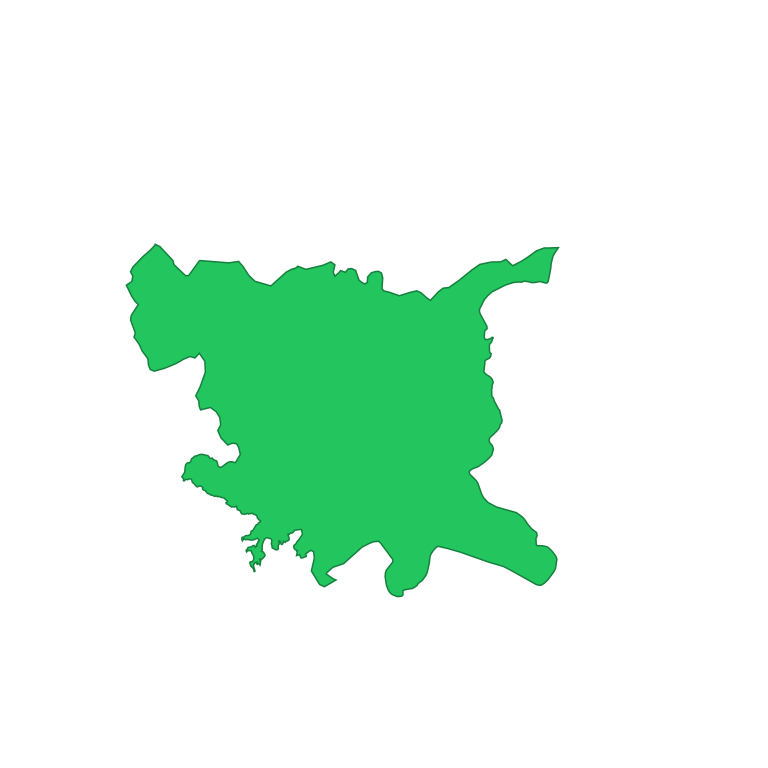 outline of Al-Qusayr, Homs (Hims), Syria, rotated 229°
{"feature_id": "27442178B51656539269606", "entity_name": "Al-Qusayr", "entity_type": "district", "adm_level": 2, "iso_a3": "SYR", "parent_name": "Syria", "parent_adm1": "Homs (Hims)", "projection": "orthographic", "projection_center": [36.533, 34.512], "detail": "fine", "context": "isolated", "style": "filled", "palette": "green", "viewbox_px": 768, "rotation_deg": 229, "n_neighbors": 0, "source": "geoboundaries", "source_scale": "gbopen_adm2", "svg_char_len": 6171}
<svg xmlns="http://www.w3.org/2000/svg" viewBox="0 0 768 768"><g transform="rotate(229 384 384)"><path d="M267.6,219.2L270.1,217.9L278.5,215.8L279.1,216.7L279.2,224.3L278.8,226.2L274.9,235.7L275.3,260.5L273.3,268.4L271.8,272.6L268.9,276.7L266.3,277.1L245.9,275.5L244.5,274.6L243.8,273.3L242.0,263.8L240.4,261.0L237.8,258.4L230.3,253.7L225.5,252.0L222.7,251.6L220.0,251.9L215.0,254.4L212.4,257.8L212.2,258.9L212.4,260.0L215.6,262.7L215.1,264.7L211.2,271.1L210.7,272.8L210.3,276.7L211.0,278.9L210.7,284.2L211.9,289.5L213.3,292.8L218.8,300.3L223.8,305.8L225.1,308.5L226.1,312.6L226.4,315.6L226.4,317.5L225.9,318.4L218.4,323.9L206.7,331.5L181.1,346.0L168.0,354.4L161.1,357.2L132.6,367.4L130.2,369.2L129.1,370.6L128.5,374.0L128.7,379.1L130.5,387.5L131.4,390.5L132.6,392.8L138.4,399.6L141.4,400.7L148.3,401.2L153.4,400.6L155.3,399.5L157.9,397.5L161.6,393.5L162.9,393.6L166.9,396.6L167.7,397.5L169.1,400.1L171.9,401.7L177.7,400.4L184.0,400.5L189.1,401.2L192.2,401.2L195.7,400.6L200.1,399.5L217.3,388.2L226.2,384.8L232.8,384.5L236.9,385.5L247.7,389.8L250.8,390.2L259.4,389.6L261.1,390.2L262.1,391.1L262.3,393.2L261.5,396.8L260.1,399.7L259.1,407.2L259.1,414.4L259.6,418.6L262.8,423.5L264.1,424.4L266.9,425.4L270.5,425.3L273.1,426.8L274.1,429.0L274.3,436.6L274.7,439.8L275.4,442.6L277.1,445.0L277.4,446.9L278.1,448.3L279.6,449.5L288.4,454.1L289.9,454.0L298.6,456.0L301.6,457.3L304.0,457.3L309.4,461.8L310.3,463.2L312.1,464.7L313.2,467.0L314.1,467.8L317.5,468.9L319.8,468.7L324.3,467.4L326.3,467.2L327.9,467.5L333.7,474.0L335.0,475.0L335.4,475.9L334.4,480.2L334.5,481.5L335.1,483.0L336.7,484.8L338.6,484.5L343.9,488.7L344.7,490.0L345.1,492.3L345.7,493.8L346.6,494.9L347.2,496.7L347.7,496.8L348.4,496.0L348.4,494.3L349.7,491.1L351.4,489.6L352.2,489.8L354.4,490.9L355.2,492.1L357.6,494.3L358.0,495.5L358.1,498.1L360.0,499.5L374.2,502.7L376.6,504.0L378.1,505.8L381.8,515.1L382.6,520.1L382.7,525.8L379.0,540.6L375.6,548.4L373.0,552.1L370.5,554.8L369.7,557.2L366.2,560.3L363.3,562.2L361.2,565.1L359.1,568.9L353.9,572.4L353.3,573.5L353.6,575.0L354.8,576.7L362.1,586.0L365.0,588.9L369.3,594.9L370.6,598.0L372.5,605.1L380.1,595.7L381.5,594.3L384.4,586.7L385.5,574.9L386.5,568.1L388.8,558.7L398.1,557.7L399.5,552.4L405.7,544.9L411.4,534.8L412.4,525.4L413.0,508.4L414.3,496.1L417.6,491.4L417.9,485.6L416.7,473.9L421.2,472.7L428.6,471.8L432.8,469.9L435.7,464.4L440.6,453.4L449.3,448.5L454.5,444.9L457.3,445.1L464.9,452.6L469.4,454.9L472.7,453.7L474.7,450.9L476.2,447.4L475.5,441.9L471.6,438.0L472.2,435.0L475.7,433.8L478.9,433.3L488.3,437.1L492.3,435.3L494.4,432.4L493.6,428.1L498.1,425.7L497.6,422.7L497.6,417.7L501.6,419.0L506.1,425.1L511.0,424.0L513.7,415.7L521.8,400.2L529.4,396.2L529.4,393.4L531.2,389.6L532.6,383.6L532.2,363.0L546.1,354.0L554.5,353.2L565.2,354.7L571.9,354.7L577.2,346.4L597.7,326.3L598.1,325.4L594.0,307.8L595.9,305.3L612.0,303.8L615.6,305.7L634.8,305.0L639.5,303.0L638.9,301.5L638.3,294.6L638.3,285.8L637.0,271.2L635.0,266.3L630.1,265.2L626.8,260.8L627.6,254.4L615.9,251.2L609.2,250.3L605.2,250.7L601.6,238.3L598.5,234.7L585.6,229.8L583.4,226.1L574.8,225.3L567.3,223.1L558.0,222.4L552.6,218.6L548.3,217.1L544.4,219.0L539.8,228.8L535.8,240.7L534.3,248.7L532.0,255.7L527.7,258.4L528.4,264.8L518.6,263.7L510.1,256.9L502.6,243.6L498.6,234.2L492.8,233.1L488.2,229.8L484.8,228.6L480.2,237.6L473.1,239.2L466.2,238.0L460.2,233.8L457.9,228.0L450.1,225.6L440.4,226.1L439.0,230.3L436.6,233.0L434.4,233.4L431.3,232.6L425.1,229.4L422.1,220.2L425.2,218.2L426.8,216.0L427.5,213.2L427.7,207.4L428.3,205.9L429.2,205.2L430.8,205.0L434.9,207.0L436.0,207.1L438.7,205.7L440.7,205.8L442.1,203.8L444.2,204.2L445.6,204.0L450.5,200.4L451.8,198.4L452.7,195.4L453.6,194.1L453.8,189.5L452.7,187.9L452.0,185.8L453.4,183.8L453.5,182.7L453.1,181.4L452.2,180.0L448.2,175.7L446.5,170.5L444.0,170.6L442.9,169.3L442.0,169.4L442.1,171.9L440.6,173.0L440.3,174.5L439.2,175.9L437.9,176.0L435.5,174.9L432.4,175.3L429.5,175.2L428.7,175.7L428.3,177.6L426.7,179.1L424.6,179.3L424.0,178.3L423.0,178.0L420.9,179.1L417.2,179.0L415.7,180.0L413.7,180.5L412.3,181.8L410.6,182.2L409.5,183.9L408.0,184.5L407.4,185.8L405.6,186.5L402.8,188.6L400.3,188.6L398.4,189.1L397.8,188.4L398.0,186.7L396.0,186.7L394.6,187.5L393.0,187.6L390.9,188.4L390.3,189.7L389.2,190.5L388.7,192.3L387.6,192.1L385.4,190.9L382.9,192.2L379.5,191.4L377.0,193.5L376.0,196.0L374.7,196.4L374.5,197.5L373.5,198.4L373.1,199.7L371.0,200.2L370.3,200.9L368.2,201.7L365.8,200.5L363.1,200.6L361.9,201.1L361.1,200.5L361.5,198.8L361.0,196.9L361.5,195.2L359.5,188.8L360.1,187.3L358.5,185.1L358.2,184.0L358.5,182.7L360.4,179.8L360.4,177.8L361.4,176.4L360.7,175.2L358.5,174.2L359.2,176.7L357.1,177.4L356.4,178.9L353.5,181.2L351.9,183.3L350.6,187.3L347.9,187.4L347.7,186.7L347.9,185.8L346.7,184.2L346.7,182.7L345.0,181.7L345.3,179.9L346.9,180.4L347.8,179.4L348.2,176.9L349.6,174.6L349.7,173.8L349.1,172.6L349.1,171.4L348.9,170.8L347.4,170.1L347.5,171.5L347.2,172.5L345.1,174.4L343.0,173.4L340.2,172.9L338.0,171.6L336.6,169.6L336.5,167.9L337.5,166.2L337.2,165.5L334.2,164.1L330.0,164.3L327.7,162.9L327.3,163.6L327.5,163.9L332.6,166.3L333.9,169.1L333.8,169.8L332.8,171.2L332.5,170.1L331.3,170.0L330.8,170.3L330.9,171.2L330.5,171.7L328.7,171.6L331.6,175.2L332.8,174.8L333.5,175.3L333.4,175.8L332.3,176.3L331.9,177.2L332.2,180.5L332.6,181.7L333.5,182.2L336.4,182.7L338.1,181.7L338.6,183.4L340.2,184.3L342.9,187.2L344.8,190.8L345.2,192.4L345.2,194.1L344.7,195.0L341.9,196.8L340.8,197.2L339.6,196.7L337.1,194.0L335.3,193.3L333.8,192.1L329.8,193.6L329.0,194.5L328.8,195.5L329.2,196.4L331.3,197.8L332.0,199.9L334.5,201.8L334.0,202.4L330.5,201.3L329.7,201.9L330.1,203.3L331.3,204.9L329.3,205.5L329.5,206.7L328.6,209.3L328.7,210.1L329.6,211.1L333.4,212.8L333.7,213.4L332.6,214.0L332.8,215.7L331.6,217.3L332.2,221.1L331.3,221.8L330.8,223.3L329.8,224.2L328.7,226.0L327.4,226.2L326.9,225.2L325.4,224.8L324.1,223.7L322.4,218.2L322.2,215.5L321.2,212.5L321.3,210.5L320.8,209.4L319.5,208.5L317.1,208.3L315.1,209.3L315.0,208.5L314.0,208.2L311.9,205.4L310.5,208.3L307.6,207.2L307.0,207.4L306.2,208.5L304.9,212.0L305.2,212.6L307.1,213.3L306.6,219.6L303.6,220.8L298.4,217.3L290.5,206.5L275.0,203.9L270.1,206.0L267.6,219.2Z" fill="#22c55e" stroke="#15803d" stroke-width="1.5"/></g></svg>